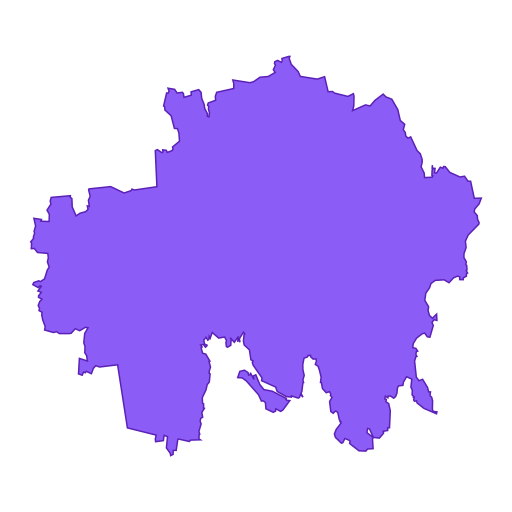 outline of Tønsberg nor, Vestfold, Norway
{"feature_id": "86288312B49956030196475", "entity_name": "Tønsberg nor", "entity_type": "district", "adm_level": 2, "iso_a3": "NOR", "parent_name": "Norway", "parent_adm1": "Vestfold", "projection": "albers", "projection_center": [10.379, 59.3], "detail": "fine", "context": "isolated", "style": "filled", "palette": "violet", "viewbox_px": 512, "rotation_deg": 0, "n_neighbors": 0, "source": "geoboundaries", "source_scale": "gbopen_adm2", "svg_char_len": 5986}
<svg xmlns="http://www.w3.org/2000/svg" viewBox="0 0 512 512"><path d="M383.2,94.1L374.9,100.4L370.1,106.0L365.5,104.9L352.6,110.6L353.8,105.9L354.0,96.2L353.4,93.7L347.9,96.4L334.5,93.1L332.5,91.5L328.1,91.7L324.6,76.7L317.3,79.1L300.3,76.4L298.1,71.5L291.3,64.4L289.2,58.5L289.9,56.4L288.7,56.4L281.9,58.5L282.3,60.8L281.3,62.3L277.6,60.4L274.8,61.7L274.5,63.6L275.5,65.1L273.3,69.7L275.2,72.4L268.2,76.5L260.0,77.2L253.6,81.7L249.9,82.7L232.8,80.0L233.8,83.7L233.7,88.5L216.7,92.3L215.3,96.3L215.6,100.3L208.3,102.9L207.5,105.1L208.7,106.5L208.4,109.2L209.5,112.8L208.9,116.9L207.3,116.3L207.5,113.8L204.8,108.6L204.0,104.0L201.7,98.4L201.1,92.4L198.7,89.6L191.1,91.8L191.3,95.2L184.0,97.3L183.4,93.5L182.3,92.3L177.1,93.0L174.6,89.3L168.0,88.2L169.1,91.3L167.9,93.3L166.6,93.0L163.6,106.0L164.6,106.5L164.9,110.0L171.1,115.7L174.4,128.4L177.5,128.7L178.9,133.1L179.5,141.2L172.5,147.0L173.0,148.7L172.3,150.5L167.3,152.4L166.3,150.3L162.7,149.8L163.0,151.9L161.9,152.7L157.4,149.6L155.3,150.6L156.9,186.7L134.4,190.0L132.0,189.1L131.2,190.6L124.1,193.0L110.7,186.6L89.0,188.9L88.6,189.9L90.2,196.3L88.4,200.2L89.3,206.4L87.3,205.9L88.0,209.4L85.6,211.7L80.0,213.2L76.1,215.9L72.2,206.8L71.9,198.6L70.2,197.2L70.4,195.7L51.2,197.4L50.2,201.1L50.9,204.1L47.0,210.1L49.3,214.3L49.1,221.5L40.8,221.2L41.5,219.5L33.9,218.3L35.6,226.0L34.1,231.2L34.6,233.2L33.3,237.2L33.7,238.2L30.7,241.9L31.6,242.9L31.3,248.7L34.3,248.5L37.5,252.5L47.8,253.4L48.3,257.9L47.4,261.8L49.2,267.2L47.4,269.7L44.5,278.9L40.5,281.6L38.8,280.8L33.8,282.5L32.8,284.6L38.2,287.6L40.2,285.7L41.3,286.3L37.9,291.0L41.3,292.3L38.6,295.7L38.5,297.3L42.0,299.2L39.8,301.4L38.2,305.5L39.5,308.4L39.0,310.6L42.1,312.3L41.7,315.0L42.8,320.1L45.2,326.6L44.6,330.0L53.4,332.5L56.6,331.7L59.4,333.6L69.3,333.6L71.2,333.2L75.3,328.7L79.7,330.7L85.4,327.3L88.0,327.8L84.7,333.4L83.8,342.8L85.0,346.5L84.8,352.8L86.6,355.5L87.4,361.0L79.4,358.4L78.5,373.9L82.2,375.2L83.5,372.1L85.4,372.7L86.2,371.3L91.4,373.7L93.4,368.3L95.8,365.7L99.6,367.0L117.6,364.8L127.4,427.9L156.2,435.1L155.3,439.0L155.6,441.7L163.4,440.6L164.1,435.4L167.5,436.6L166.4,447.9L170.2,453.2L170.7,455.6L173.1,454.4L173.2,450.4L176.2,450.4L177.8,439.4L178.4,439.0L189.3,441.5L190.7,440.1L200.3,439.8L199.0,439.0L199.1,434.6L199.8,434.2L198.9,431.5L201.1,423.9L200.1,420.9L200.8,418.3L202.7,417.2L201.8,412.5L204.4,408.3L203.6,408.0L203.6,403.8L202.5,403.2L202.3,397.6L206.0,389.9L207.2,384.7L209.3,382.0L210.1,373.9L209.2,373.4L209.2,371.2L210.5,367.1L209.0,361.4L209.9,361.1L205.8,354.1L202.6,353.2L201.1,347.6L202.1,347.0L200.6,345.0L203.3,344.5L205.5,347.2L206.6,346.2L207.1,345.2L204.6,344.1L203.8,340.1L206.0,337.3L207.8,340.2L208.8,339.4L209.2,336.4L210.2,338.3L212.2,332.5L218.7,338.1L224.6,337.0L226.5,340.6L225.9,342.7L226.4,346.6L227.6,347.2L230.8,345.3L231.1,338.9L230.1,337.6L234.3,342.3L238.4,336.5L237.8,341.0L238.9,340.5L240.0,342.2L239.4,338.7L243.5,332.2L244.8,334.0L244.0,334.8L243.4,341.0L244.2,345.0L249.4,349.8L250.9,359.8L253.0,360.8L252.3,362.4L253.1,365.1L262.0,377.9L261.6,380.7L275.6,387.0L277.2,391.5L286.4,396.6L291.4,397.1L291.4,395.9L298.2,398.1L299.4,397.5L300.5,394.5L303.0,397.2L301.0,393.4L301.9,391.3L302.9,382.9L303.6,382.6L302.9,380.0L304.2,375.4L302.9,369.6L302.8,364.5L304.0,358.2L307.6,356.9L308.2,355.3L310.5,355.4L310.5,356.6L313.1,359.1L316.0,358.9L316.4,361.1L315.3,364.4L318.1,366.3L319.4,370.1L321.1,377.1L320.5,382.5L321.4,382.6L322.5,388.6L326.2,392.7L329.5,391.7L330.8,394.0L330.4,395.5L332.0,397.3L329.6,401.5L330.8,411.5L333.2,413.3L335.4,411.1L336.9,411.6L337.9,413.0L339.3,419.7L340.7,421.4L340.1,421.7L341.1,423.0L336.2,429.4L334.4,433.9L335.4,437.4L341.4,443.2L342.8,442.7L344.9,438.5L349.0,440.2L350.2,441.2L349.6,443.1L350.2,444.0L359.0,450.8L365.8,451.1L367.7,449.0L373.1,448.7L372.5,439.1L373.3,437.6L366.9,432.6L367.6,428.5L369.5,428.9L373.3,437.4L379.4,438.1L383.6,433.1L383.2,431.3L387.7,430.5L387.7,427.8L389.5,427.8L390.3,410.8L388.7,403.6L386.0,401.8L386.3,399.4L384.7,398.9L385.4,396.2L387.9,397.8L388.2,396.0L390.6,396.1L393.7,398.2L395.5,396.7L396.9,393.3L397.5,387.7L398.7,385.8L402.9,385.4L403.5,382.0L406.6,376.7L411.8,379.2L410.9,387.1L412.3,390.2L412.1,394.9L413.9,396.7L413.4,397.1L414.2,397.5L413.6,399.8L414.4,401.2L416.5,400.9L417.1,403.0L423.8,408.3L436.5,413.8L436.9,411.8L433.1,411.4L432.4,409.2L432.6,400.9L431.7,397.3L430.0,395.5L430.5,391.9L428.7,391.9L427.5,387.4L422.6,379.3L418.9,380.7L416.3,377.0L414.6,361.1L415.9,356.6L416.9,356.4L415.9,354.5L416.3,351.6L417.7,351.1L415.9,348.4L412.7,347.6L413.3,343.5L416.6,338.1L422.3,333.7L424.7,333.1L427.3,336.8L429.9,337.2L433.3,325.5L432.0,322.5L434.0,319.7L436.9,320.4L436.6,314.1L432.4,318.2L429.5,315.5L428.1,310.7L428.6,306.7L424.8,300.4L425.8,293.2L429.5,287.9L431.0,283.5L435.2,280.4L444.1,279.8L449.0,282.7L453.5,277.9L457.5,276.1L459.7,276.9L459.7,279.6L463.2,279.7L463.3,277.9L466.4,276.2L466.5,273.5L467.6,273.0L466.2,270.7L467.0,269.9L466.7,265.4L465.8,264.5L466.3,261.8L463.9,257.5L464.0,253.6L466.1,247.5L465.4,241.2L468.2,235.0L478.8,224.2L479.1,222.8L477.5,219.0L477.3,215.6L474.2,212.0L474.7,209.1L479.1,203.9L481.3,198.1L474.3,198.3L470.6,181.2L468.0,181.2L464.5,176.2L460.0,177.0L449.8,172.4L445.3,166.7L443.6,166.5L442.9,168.2L440.3,167.2L436.5,173.1L434.5,172.8L435.1,168.4L432.4,168.1L432.4,165.1L432.1,168.5L432.8,169.4L432.1,170.1L431.9,175.4L432.8,175.9L432.1,177.2L424.6,177.6L424.2,173.1L421.1,166.8L422.2,162.2L422.1,159.3L420.3,153.8L417.1,150.6L410.7,136.9L408.0,138.2L405.8,136.0L405.3,132.6L403.3,129.7L404.7,124.3L400.3,120.5L397.8,109.6L391.8,99.2L385.9,96.9L383.2,94.1ZM289.8,400.6L286.9,400.3L286.0,399.6L286.3,398.5L272.2,391.2L263.9,389.6L259.8,384.5L255.8,374.8L253.2,376.0L254.0,379.5L250.3,372.7L250.4,374.8L248.6,375.1L248.0,372.5L244.4,370.2L239.8,371.4L237.7,377.6L242.2,377.9L246.4,381.0L258.5,394.7L261.4,401.1L263.4,400.9L265.4,402.6L265.9,408.8L273.2,412.3L275.5,411.2L275.8,408.8L280.6,411.4L282.9,410.0L289.8,400.6Z" fill="#8b5cf6" stroke="#5b21b6" stroke-width="1.5"/></svg>